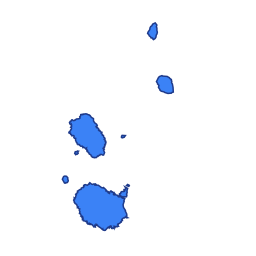 Santa Cruz, Galápagos, Ecuador, rotated 35°
{"feature_id": "8360857B73941749048341", "entity_name": "Santa Cruz", "entity_type": "district", "adm_level": 2, "iso_a3": "ECU", "parent_name": "Ecuador", "parent_adm1": "Galápagos", "projection": "albers", "projection_center": [-90.525, -0.066], "detail": "fine", "context": "isolated", "style": "filled", "palette": "blue", "viewbox_px": 256, "rotation_deg": 35, "n_neighbors": 0, "source": "geoboundaries", "source_scale": "gbopen_adm2", "svg_char_len": 6014}
<svg xmlns="http://www.w3.org/2000/svg" viewBox="0 0 256 256"><g transform="rotate(35 128 128)"><path d="M166.4,190.1L165.8,187.6L163.6,188.7L161.6,188.4L160.9,188.7L160.2,189.6L159.2,189.8L158.3,189.0L156.6,189.8L155.1,189.4L155.0,190.8L154.4,190.7L155.0,189.6L153.6,189.7L153.5,189.0L153.0,189.4L152.2,189.2L151.8,189.7L151.5,189.3L150.3,189.7L150.2,189.4L149.9,189.6L149.8,190.8L150.3,192.0L149.8,191.9L149.9,192.2L149.2,192.5L148.6,192.3L148.3,191.5L147.3,191.6L147.1,192.0L146.3,191.7L145.9,192.1L145.4,191.2L142.2,190.8L142.2,191.3L140.4,192.0L136.5,191.9L134.2,193.4L134.2,193.1L133.9,193.3L133.9,192.6L133.5,192.4L133.1,192.8L133.8,193.1L133.5,193.4L132.2,193.3L131.4,194.5L130.3,194.9L128.1,194.7L127.9,195.9L128.4,196.3L127.8,197.2L127.6,198.2L125.6,198.8L124.8,199.7L125.3,200.3L124.8,200.7L125.6,201.7L125.6,202.4L124.9,202.7L124.2,204.2L124.7,204.8L124.6,205.4L123.9,206.0L122.8,208.8L123.5,209.1L123.8,209.8L123.2,211.3L123.7,211.8L123.3,212.4L124.1,212.7L124.2,213.7L124.9,214.9L124.9,215.9L124.0,216.0L125.1,217.1L124.7,217.5L125.0,217.9L124.9,218.3L126.2,219.0L126.3,219.5L127.5,219.8L127.8,220.2L129.8,220.1L131.4,221.3L132.4,221.2L132.3,222.3L133.1,222.0L133.8,222.3L134.9,222.0L135.4,223.5L136.5,224.0L137.3,225.9L137.7,225.8L137.8,225.4L138.8,225.8L139.6,226.6L140.8,226.6L140.6,227.1L141.3,226.8L141.2,227.4L142.1,227.4L142.1,227.8L142.7,227.9L142.4,228.4L142.7,228.1L142.8,228.7L143.3,228.6L143.5,229.3L144.5,229.0L144.8,229.5L145.4,229.1L145.4,228.7L145.5,229.0L146.7,228.9L147.5,228.7L147.6,228.2L147.9,228.5L148.1,228.1L148.4,228.3L148.0,228.5L149.2,229.0L149.2,229.5L150.3,229.7L151.3,229.0L150.8,228.8L150.9,228.2L152.0,228.3L152.4,227.8L152.9,228.1L152.1,228.5L152.2,228.8L154.1,227.7L156.8,228.6L157.0,228.2L158.1,227.8L157.8,227.4L156.9,227.4L156.7,226.9L157.3,227.0L157.2,226.5L157.5,226.2L156.5,225.8L156.9,225.9L157.2,225.5L157.0,225.2L157.7,224.9L158.1,225.2L158.0,225.4L158.8,225.2L159.1,225.5L160.6,225.6L162.7,225.5L164.8,225.8L165.3,225.6L165.3,225.2L166.1,225.9L167.6,225.3L168.1,224.8L168.5,221.2L168.9,221.3L169.4,220.7L169.1,220.5L169.4,220.0L170.0,220.4L170.0,219.1L169.4,219.2L169.8,218.3L170.3,218.0L170.8,218.3L171.2,219.1L172.1,219.6L172.5,218.8L173.0,218.5L173.3,218.8L173.8,217.7L174.1,217.9L173.9,217.4L174.3,217.1L173.4,216.7L173.8,216.6L173.6,216.2L174.2,216.0L174.1,216.3L174.5,215.6L174.4,215.9L175.1,215.3L175.7,215.3L176.5,214.0L176.0,214.0L175.5,213.0L175.0,213.2L174.8,212.2L175.9,210.9L176.0,209.4L176.4,209.0L176.0,208.6L176.3,208.3L176.0,207.0L175.8,207.0L176.0,206.9L175.5,206.7L175.7,206.0L175.4,205.7L176.0,204.1L176.7,203.7L176.7,202.9L177.3,202.6L177.0,201.4L177.5,200.7L176.3,199.2L173.3,197.5L173.2,197.0L170.0,195.7L168.9,194.7L167.9,193.5L166.9,190.2L166.4,190.1ZM88.5,139.5L87.6,140.0L86.1,140.1L85.8,140.6L84.8,140.9L83.7,142.4L82.9,141.9L83.3,142.6L83.2,143.1L82.4,143.3L81.6,144.1L82.2,145.1L82.0,146.5L83.0,147.2L82.6,148.5L80.5,150.3L80.3,151.6L79.9,151.8L79.9,152.4L79.3,153.1L78.7,153.4L77.8,153.2L77.2,153.7L77.4,155.5L77.2,156.1L76.9,156.0L76.9,157.1L78.1,158.0L79.1,157.9L79.2,157.5L79.6,158.1L80.1,158.0L80.1,158.4L80.8,158.9L80.6,160.3L81.6,160.3L82.3,161.3L82.7,161.4L82.3,161.5L82.4,162.0L82.1,162.4L82.4,163.7L82.0,164.7L82.3,165.9L83.8,165.7L83.9,165.3L84.8,166.2L85.5,165.9L86.6,166.6L87.5,165.5L88.5,165.5L89.1,166.9L90.0,167.1L91.1,166.5L91.8,167.9L93.9,169.3L94.4,169.2L95.5,170.2L96.2,170.0L96.6,170.3L97.8,169.4L98.4,169.9L99.8,170.0L101.0,169.1L102.1,169.8L102.2,169.5L102.5,169.8L102.9,169.2L103.6,169.0L105.1,169.3L105.5,168.3L106.0,169.4L106.4,169.3L106.9,169.8L107.5,169.5L107.8,169.7L108.0,170.7L108.7,170.5L109.9,171.0L110.3,170.8L111.3,171.6L112.5,171.3L113.4,171.5L113.8,172.0L114.4,171.9L115.0,172.3L115.9,172.3L116.8,171.7L117.4,171.8L117.7,171.1L118.8,170.7L119.2,169.3L119.1,168.5L119.7,168.4L120.0,166.9L120.6,166.6L120.4,165.6L121.8,164.7L123.1,164.6L123.5,164.1L122.9,161.5L120.9,160.4L120.6,160.0L120.9,159.4L119.3,158.9L119.7,158.3L119.4,157.7L119.8,157.6L119.5,157.1L119.7,156.7L119.1,156.1L119.1,155.2L118.5,154.9L118.8,153.9L118.5,153.8L118.3,152.6L117.4,152.3L117.4,151.8L117.1,151.9L117.0,151.5L116.2,151.3L115.7,150.6L115.0,150.7L115.2,149.9L114.7,149.5L113.3,149.4L112.2,148.2L111.2,148.6L110.7,147.9L109.2,147.7L109.1,146.5L108.2,146.8L106.5,146.3L106.5,146.7L105.9,146.8L105.0,146.6L104.8,145.7L103.1,145.3L102.5,145.7L101.8,145.6L101.4,145.3L101.8,145.0L101.2,144.9L101.6,144.5L101.2,144.0L101.3,143.5L100.0,142.9L98.0,142.9L95.8,142.1L94.3,140.1L91.9,140.3L89.7,139.5L89.2,139.8L88.5,139.5ZM133.1,63.1L130.5,63.3L126.6,65.6L125.8,65.6L124.3,67.7L124.0,69.0L124.7,73.7L126.6,74.4L126.9,75.0L128.8,75.3L129.7,77.3L132.1,78.2L132.5,78.7L134.1,78.8L136.7,77.8L137.8,77.8L140.9,76.8L143.6,74.5L143.6,73.7L144.5,72.6L141.6,68.9L139.1,66.5L137.7,65.9L137.0,64.5L136.1,64.1L135.7,63.4L133.6,63.4L133.1,63.1ZM92.6,27.1L90.0,26.3L88.6,28.8L88.9,30.7L88.4,31.8L88.6,33.4L89.4,34.9L89.4,38.0L89.9,39.4L91.3,39.5L92.5,40.3L94.2,40.4L95.4,41.0L95.9,40.4L96.8,40.3L97.6,41.0L98.2,41.0L98.9,39.1L98.8,37.6L97.8,35.6L97.8,34.4L97.1,32.7L95.7,31.5L94.3,29.5L93.2,28.9L92.6,27.1ZM162.4,177.7L159.5,178.0L160.4,178.4L160.9,179.1L161.0,180.0L160.1,180.5L160.1,181.1L160.5,181.3L161.2,180.9L161.4,181.7L161.1,182.4L159.4,183.6L159.0,184.7L159.5,185.7L159.2,186.6L158.9,186.6L158.8,186.9L159.6,187.4L159.6,188.0L162.9,187.6L166.2,185.2L165.6,183.6L164.7,183.0L164.4,181.5L163.1,179.9L162.4,177.7ZM105.4,202.8L103.8,203.6L103.1,204.7L103.6,207.6L107.5,209.5L107.8,208.9L108.6,208.9L109.1,207.7L109.6,207.4L109.4,205.6L108.9,205.0L107.9,204.5L107.4,203.4L105.4,202.8ZM100.4,176.2L100.6,175.5L99.7,175.9L99.6,176.8L98.4,177.6L98.9,179.4L100.5,179.8L100.5,179.1L101.4,178.7L101.7,177.3L100.4,176.2ZM128.9,139.4L130.2,137.8L130.2,135.7L127.4,137.4L127.4,138.4L128.1,139.5L128.9,139.4ZM161.6,174.2L160.0,174.5L159.8,176.0L162.1,175.4L162.2,174.5L161.6,174.2ZM179.0,202.4L177.5,201.9L178.1,202.3L179.0,202.4ZM179.1,201.7L178.0,201.8L178.9,201.9L179.1,201.7Z" fill="#3b82f6" stroke="#1e3a8a" stroke-width="1.5"/></g></svg>